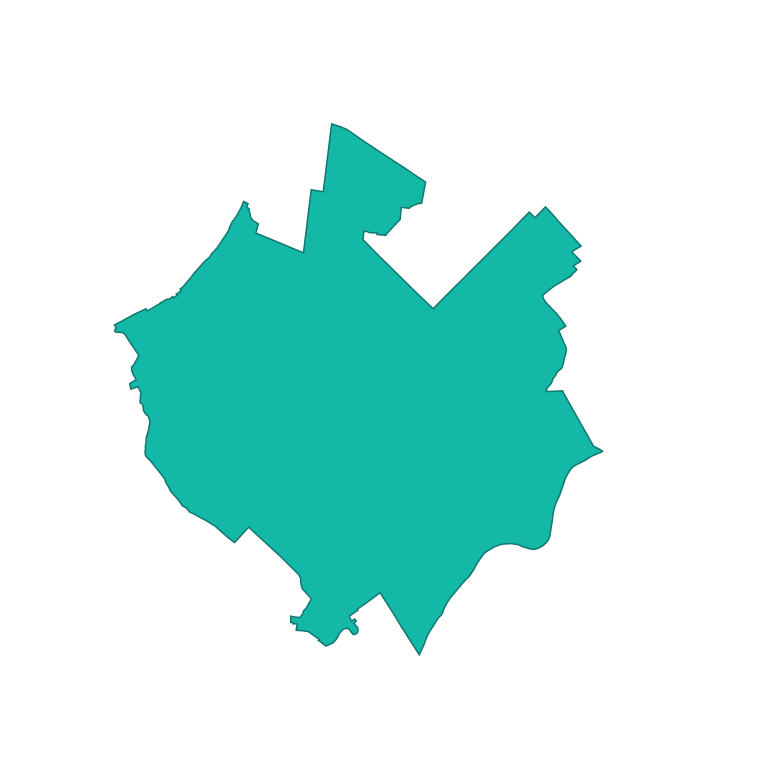 Hotarele, Giurgiu, Romania, rotated 148°
{"feature_id": "2599482B11707962616548", "entity_name": "Hotarele", "entity_type": "district", "adm_level": 2, "iso_a3": "ROU", "parent_name": "Romania", "parent_adm1": "Giurgiu", "projection": "orthographic", "projection_center": [26.375, 44.157], "detail": "fine", "context": "isolated", "style": "filled", "palette": "teal", "viewbox_px": 768, "rotation_deg": 148, "n_neighbors": 0, "source": "geoboundaries", "source_scale": "gbopen_adm2", "svg_char_len": 6147}
<svg xmlns="http://www.w3.org/2000/svg" viewBox="0 0 768 768"><g transform="rotate(148 384 384)"><path d="M406.3,613.2L411.6,609.4L416.6,606.5L420.4,604.5L423.7,602.9L425.0,602.7L427.0,601.9L429.2,600.4L430.6,599.7L434.9,596.2L453.7,587.8L461.0,585.9L463.0,584.8L464.7,584.0L470.6,583.2L473.3,582.5L474.2,582.1L486.3,578.6L491.0,576.8L503.0,572.9L506.7,572.5L506.5,570.8L506.6,570.5L512.6,570.3L512.6,568.8L516.5,568.5L516.7,570.1L521.1,569.8L522.9,570.9L530.0,571.2L532.0,571.0L542.7,571.2L546.2,571.5L546.0,573.9L559.3,575.5L570.3,576.1L581.4,576.9L581.3,573.4L582.3,573.1L583.2,572.7L583.9,572.2L584.2,571.6L584.3,570.7L583.8,570.1L581.4,568.3L580.2,567.5L578.8,566.5L578.2,565.6L577.3,563.1L577.4,559.2L577.3,554.0L576.9,542.3L576.8,538.5L576.8,538.0L587.1,532.4L587.4,532.3L588.4,532.3L588.7,532.3L589.0,532.0L589.5,531.3L590.1,530.4L590.8,529.0L591.2,527.5L591.5,526.1L591.7,522.5L591.8,519.0L599.4,519.2L600.8,515.8L601.4,513.8L594.1,512.0L594.7,505.7L599.7,499.0L600.6,498.0L600.7,497.0L599.8,495.5L599.7,494.9L599.8,494.2L600.3,492.7L601.0,491.2L601.9,489.1L602.1,487.6L602.1,486.0L602.0,484.6L601.7,483.7L601.1,481.9L601.1,480.9L601.4,479.4L602.0,477.7L602.9,475.6L604.7,473.5L607.1,471.0L608.1,469.5L610.8,467.4L613.3,465.2L614.7,463.7L615.5,462.3L616.9,460.4L618.6,458.7L620.1,456.4L621.1,454.7L621.8,453.9L622.8,452.9L623.3,451.9L624.1,450.0L624.2,448.6L623.1,443.9L622.7,441.8L620.8,425.5L620.3,420.2L621.1,416.2L621.3,410.5L621.8,405.8L620.0,395.5L619.6,391.4L619.6,387.8L617.5,383.8L616.6,378.2L613.7,373.9L610.5,367.9L607.1,362.3L604.3,356.4L602.2,352.5L602.2,351.6L597.7,336.7L594.8,328.7L574.7,334.3L563.4,293.4L557.2,267.1L558.0,262.5L559.7,260.2L561.7,254.6L561.8,253.2L561.6,252.0L561.0,249.3L559.9,243.4L559.6,240.2L565.8,236.7L569.1,235.0L572.3,234.3L573.6,233.1L574.2,232.5L575.0,232.1L575.9,231.7L578.8,230.7L579.3,230.7L583.5,234.0L584.9,235.3L585.8,236.1L586.2,236.5L589.4,231.3L587.7,230.1L588.4,229.0L587.8,228.5L585.4,227.1L585.2,226.8L585.2,226.4L585.3,225.9L585.6,225.6L588.8,222.0L589.0,221.7L583.3,217.5L579.4,214.1L574.2,201.7L575.5,201.3L574.1,198.0L573.6,196.0L572.2,193.0L572.1,192.5L571.5,192.4L568.7,192.1L564.5,191.5L560.3,192.6L559.4,193.0L557.9,193.8L556.7,194.3L554.9,195.6L553.3,196.3L552.2,196.7L550.5,197.2L548.8,197.5L547.4,197.4L545.7,196.6L543.9,196.1L543.0,188.8L542.5,187.5L540.2,186.8L539.4,187.0L537.9,187.5L536.5,188.8L535.8,190.4L535.4,191.9L536.0,194.8L536.4,197.2L533.2,197.5L533.3,200.2L537.0,200.2L537.1,201.2L536.9,203.3L536.7,204.5L536.0,205.6L533.8,205.7L529.1,205.9L525.8,206.0L525.8,207.2L511.9,207.9L497.9,209.1L497.7,184.1L497.9,168.8L497.6,135.7L488.3,141.7L483.4,145.5L482.3,146.4L479.0,148.5L475.8,150.2L472.3,151.9L466.2,154.7L463.4,156.1L461.2,157.0L459.7,157.3L458.5,157.6L457.8,157.8L455.6,158.9L453.2,160.9L450.3,162.9L445.5,165.5L441.6,167.3L429.1,171.4L423.3,173.3L418.2,174.8L414.4,175.6L412.9,175.9L410.3,177.2L406.2,179.0L400.3,182.5L395.3,184.7L390.0,186.9L388.7,187.2L387.3,187.4L383.5,187.6L380.9,187.5L379.0,187.4L376.3,187.3L371.7,186.5L368.2,185.3L364.0,183.1L360.4,181.0L358.4,179.2L356.6,177.7L355.0,176.2L353.9,174.5L352.9,172.8L350.9,170.6L349.2,168.6L345.6,165.0L344.4,164.3L343.4,163.9L341.8,163.4L338.9,162.8L335.5,162.6L332.2,163.1L328.8,164.0L325.7,165.7L323.0,168.3L319.1,172.8L316.0,176.3L313.4,179.4L310.2,183.2L307.2,186.6L304.0,189.7L301.4,191.8L297.1,194.6L294.4,196.3L283.8,204.8L280.4,207.8L276.5,210.0L270.8,212.8L269.3,213.3L267.3,213.6L265.3,213.7L259.2,213.2L254.4,212.7L250.9,212.7L246.3,212.8L236.6,211.2L234.3,211.1L234.9,212.7L235.6,214.1L236.8,216.2L237.9,217.9L239.3,220.2L239.1,223.8L239.1,224.8L238.9,228.9L238.7,232.3L238.5,235.7L238.5,236.8L238.4,239.9L238.3,241.3L238.2,243.2L238.1,247.2L237.9,249.1L237.9,251.8L237.7,254.4L237.4,262.2L237.3,263.4L237.0,269.5L236.6,280.3L236.5,280.5L236.5,281.2L236.1,283.4L237.1,284.0L240.8,286.2L245.2,288.6L248.7,290.7L250.5,291.7L250.0,292.3L249.6,292.7L248.9,293.3L247.2,294.4L245.6,294.7L244.1,295.1L242.1,295.8L241.9,296.1L241.4,296.2L240.7,296.6L240.0,297.2L239.0,298.0L237.9,299.0L237.2,299.1L236.7,299.3L236.2,299.7L235.3,300.0L234.6,300.1L234.0,300.4L233.2,300.9L232.8,301.3L232.3,301.7L230.2,302.4L229.0,302.7L228.0,302.8L226.8,302.9L226.0,303.1L224.7,303.4L224.1,303.8L223.0,304.7L221.8,305.8L218.2,309.4L216.7,310.8L213.1,314.2L212.3,315.1L211.2,316.3L210.9,316.9L210.6,317.6L210.2,318.8L210.1,319.3L209.9,321.6L209.5,324.0L209.2,325.3L209.1,326.4L207.5,336.7L206.1,336.7L204.4,336.7L199.2,336.7L199.4,343.1L199.5,344.7L199.8,347.9L200.2,350.7L200.1,351.4L202.0,360.0L202.9,364.2L203.6,368.3L203.6,370.3L203.0,374.2L202.4,374.9L201.7,375.2L199.3,375.6L189.0,376.8L187.0,376.9L181.3,376.7L178.0,376.7L176.8,376.8L173.9,376.5L169.3,376.4L167.5,376.6L166.3,377.1L163.7,377.9L162.5,378.0L160.0,378.6L159.9,379.4L160.9,383.7L156.1,383.9L153.5,383.8L152.2,383.8L152.0,384.4L154.7,395.9L154.4,396.5L150.8,396.7L143.8,396.5L145.0,403.1L145.6,407.0L148.4,421.5L150.4,432.7L150.4,433.8L152.6,445.9L153.2,448.6L167.9,445.0L168.9,449.4L169.6,452.8L173.4,451.9L177.8,450.9L194.2,446.8L202.4,444.9L214.7,442.1L235.0,437.4L251.6,433.7L259.2,431.8L269.2,429.5L269.6,429.5L272.1,429.0L286.5,425.6L302.4,421.8L304.3,429.0L305.5,433.8L307.5,441.8L308.4,445.3L310.1,452.2L310.5,454.2L312.8,463.6L313.5,466.5L315.7,475.8L317.2,482.1L320.3,494.9L321.3,499.4L322.7,505.5L323.7,510.5L325.3,517.4L320.2,524.1L317.3,522.0L316.4,520.3L309.7,515.7L310.7,514.4L303.7,509.2L300.5,510.4L286.4,514.2L283.3,514.8L275.7,524.7L269.7,519.8L265.8,520.1L259.5,518.9L257.3,517.8L256.3,517.3L242.7,532.1L241.7,533.1L247.6,546.0L251.2,554.4L253.7,559.7L265.0,584.0L273.9,603.9L279.1,616.0L280.8,619.9L284.3,624.8L290.5,632.3L293.3,629.0L311.9,606.0L319.6,596.6L321.0,594.7L333.7,579.2L338.3,583.4L342.8,587.3L382.8,537.9L412.6,579.9L412.9,579.8L405.7,586.4L405.9,586.8L408.7,592.3L408.6,592.7L408.6,593.2L408.6,593.9L408.7,594.6L408.7,595.7L408.7,596.2L408.6,596.6L408.3,597.2L407.6,598.8L406.5,602.3L405.9,603.6L405.5,604.3L406.0,605.3L406.4,606.0L406.5,606.4L406.5,606.6L406.5,606.8L406.4,607.0L406.1,607.2L405.7,607.6L403.7,609.1L405.3,611.5L406.3,613.2Z" fill="#14b8a6" stroke="#0f766e" stroke-width="1.5"/></g></svg>